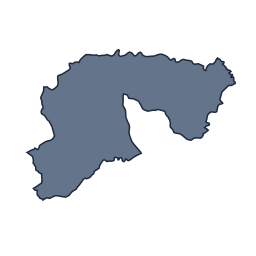 Tupambaé, Cerro Largo, Uruguay, rotated 105°
{"feature_id": "84410073B70761357527", "entity_name": "Tupambaé", "entity_type": "district", "adm_level": 2, "iso_a3": "URY", "parent_name": "Uruguay", "parent_adm1": "Cerro Largo", "projection": "mercator", "projection_center": [-54.805, -32.631], "detail": "fine", "context": "isolated", "style": "filled", "palette": "slate", "viewbox_px": 256, "rotation_deg": 105, "n_neighbors": 0, "source": "geoboundaries", "source_scale": "gbopen_adm2", "svg_char_len": 5537}
<svg xmlns="http://www.w3.org/2000/svg" viewBox="0 0 256 256"><g transform="rotate(105 128 128)"><path d="M110.2,220.0L113.3,219.3L114.0,219.2L114.6,219.2L115.9,219.4L120.7,220.1L121.1,220.1L121.3,220.1L121.6,220.0L121.9,219.8L123.8,218.6L124.4,218.2L125.1,218.0L126.8,217.4L127.3,217.2L127.7,216.9L128.4,216.3L128.9,216.0L129.1,215.8L129.3,215.7L129.7,215.5L130.7,215.2L131.9,215.9L133.5,216.1L134.9,216.1L136.1,215.5L136.7,214.8L136.9,213.9L137.1,212.9L137.3,212.6L137.8,211.6L138.1,211.2L138.3,210.9L138.6,210.6L140.2,208.9L140.6,208.5L140.8,208.2L141.4,207.1L141.8,206.2L142.1,205.8L146.0,202.1L146.5,201.7L147.3,201.2L153.7,197.5L154.6,196.9L155.9,197.3L157.3,197.6L158.7,198.5L160.0,199.7L160.7,201.0L161.1,202.0L161.4,202.2L161.5,202.4L162.4,203.9L162.6,204.2L166.3,207.6L167.8,208.8L168.2,208.9L169.0,208.9L170.0,208.8L170.3,208.9L170.7,209.2L170.8,209.2L171.0,209.2L171.4,209.2L171.5,209.2L171.6,209.3L172.1,209.8L172.3,210.0L172.1,210.4L172.0,210.6L171.5,212.5L171.5,212.8L172.8,213.1L174.0,215.0L175.3,216.6L175.5,216.8L176.6,217.8L177.4,218.8L177.7,219.2L179.8,213.9L180.0,213.1L181.4,212.1L183.0,211.3L184.6,210.8L186.5,210.6L186.9,209.6L188.2,208.8L189.4,207.1L191.6,206.4L192.6,205.9L193.2,203.3L194.0,202.8L194.2,201.7L194.6,200.4L194.5,199.7L197.6,198.7L199.8,197.8L203.3,197.1L206.8,200.0L208.4,201.5L209.1,202.0L210.8,203.8L211.9,202.3L212.2,201.1L211.8,199.5L212.9,199.2L214.3,199.0L215.4,198.5L216.4,198.0L216.9,197.2L217.5,196.0L218.7,194.8L218.7,194.0L218.8,193.2L218.8,192.7L218.6,192.2L218.8,191.5L219.4,191.4L216.4,188.5L216.3,185.5L213.3,182.1L212.0,180.2L211.5,176.4L211.2,172.5L210.9,170.3L208.2,167.4L206.2,166.6L203.8,165.4L200.5,162.2L198.5,161.7L195.7,160.3L191.9,158.8L189.2,157.9L187.8,156.7L187.7,154.9L186.1,152.6L184.7,151.4L182.9,150.9L181.2,149.4L178.2,149.1L174.5,145.6L171.3,145.6L168.7,144.8L166.4,144.1L165.1,143.2L164.9,141.9L165.2,141.3L165.8,140.2L165.7,139.3L164.9,138.0L164.5,136.1L164.1,134.7L162.9,133.1L161.4,133.3L160.1,133.3L159.5,132.7L159.6,131.9L159.6,130.7L159.6,130.0L160.7,129.7L161.3,129.3L161.1,128.7L160.0,128.4L159.0,128.2L158.5,126.8L158.9,126.1L160.0,125.4L161.0,125.1L161.5,124.1L161.5,123.1L159.8,122.4L158.8,122.3L158.6,121.2L159.2,120.5L159.5,119.4L158.8,118.2L154.4,114.7L150.2,110.2L149.0,108.7L148.3,109.2L141.9,118.5L140.0,120.8L135.7,124.0L132.6,125.7L130.7,126.1L126.5,126.8L124.2,128.0L122.0,130.0L118.4,132.7L116.5,133.4L114.7,133.9L111.6,135.0L110.5,135.9L107.4,138.8L103.2,139.7L99.2,140.8L97.0,141.2L96.4,141.1L96.2,138.6L96.4,137.2L97.6,136.1L98.5,135.3L99.1,134.8L98.7,132.4L98.4,129.8L98.7,128.5L99.4,124.7L104.3,119.9L105.5,119.0L106.1,117.8L106.5,115.4L106.6,113.2L104.2,108.1L103.9,106.2L102.3,103.8L102.3,101.1L102.3,97.5L102.8,96.4L104.7,95.3L106.2,93.7L106.8,92.4L108.2,91.2L109.6,89.7L112.8,88.2L114.8,87.9L116.2,87.3L117.9,84.6L119.4,83.2L120.4,82.5L120.6,81.4L120.3,78.1L120.3,75.6L121.3,73.1L123.6,68.2L123.7,65.5L123.4,63.8L120.7,61.6L119.5,58.3L119.0,55.2L117.3,54.0L115.3,53.5L114.4,54.1L112.5,52.2L110.5,50.7L109.4,49.9L108.5,51.6L107.8,54.1L105.8,52.8L104.7,50.9L103.8,50.2L102.4,50.9L102.3,53.8L101.7,54.3L99.4,54.2L95.6,54.5L93.5,54.0L91.0,52.0L90.5,49.6L90.3,47.8L89.2,46.5L86.2,46.7L83.9,46.9L82.4,46.4L81.4,45.6L80.3,43.5L79.5,42.9L78.9,43.5L78.2,45.0L77.4,46.1L76.4,46.6L68.9,46.6L60.9,41.8L60.1,39.1L58.2,37.0L57.1,35.9L55.9,36.6L56.0,36.9L56.0,37.1L55.9,37.3L54.6,38.2L53.7,38.6L53.4,38.7L53.0,38.5L52.8,38.6L52.4,38.7L52.1,39.0L51.9,39.1L51.7,39.3L51.6,39.5L51.4,39.8L51.5,40.0L51.6,40.4L51.9,40.6L52.2,41.0L52.5,41.2L52.5,41.4L52.5,41.5L52.3,41.8L52.2,41.9L51.8,41.9L51.4,41.7L50.2,40.8L49.8,40.8L49.6,40.8L49.4,40.9L49.3,41.1L49.3,41.4L49.4,41.6L49.8,42.5L49.7,43.0L49.4,43.3L49.3,43.5L49.3,44.1L49.1,44.4L48.8,44.7L48.6,44.8L48.3,44.7L48.2,44.6L48.1,44.4L47.9,44.0L47.5,43.6L47.2,43.5L47.0,43.2L46.8,43.1L46.7,43.2L46.6,43.3L46.5,43.8L46.1,44.2L46.0,45.2L46.1,45.8L46.4,46.2L46.4,46.4L46.2,46.8L45.7,46.9L45.6,47.2L45.4,48.5L45.2,48.7L44.7,48.6L44.4,48.8L44.2,48.9L43.5,50.3L42.7,51.1L42.6,51.4L42.6,51.8L42.4,52.3L42.2,52.9L42.1,53.0L41.8,53.2L41.6,53.2L41.4,53.1L41.2,53.0L40.8,52.4L39.7,52.2L39.5,52.4L39.3,52.6L39.3,53.4L39.4,54.2L39.7,54.8L39.6,55.2L39.4,55.4L38.9,55.8L38.2,56.6L37.8,57.4L37.8,58.0L38.0,58.7L38.0,58.9L38.0,59.1L37.8,59.2L37.4,59.3L36.9,59.4L36.6,59.4L39.0,60.5L41.1,60.7L44.0,62.2L44.6,63.8L44.8,65.3L47.4,67.2L49.5,67.7L51.3,67.8L52.3,67.7L52.4,68.3L52.2,69.2L52.0,69.7L51.2,70.5L50.2,70.7L49.3,70.7L48.7,71.2L48.1,74.2L47.8,76.9L49.1,80.0L49.1,81.5L48.1,82.6L47.0,83.8L46.9,85.6L47.4,89.5L47.3,92.1L48.6,94.1L49.6,95.0L50.5,95.4L51.8,97.6L51.7,98.4L51.4,99.5L50.1,100.1L49.1,100.6L49.2,102.2L50.3,103.1L51.4,104.1L51.2,105.0L50.5,106.2L49.2,108.1L48.4,110.5L48.0,114.3L48.4,116.2L49.1,117.5L51.8,121.5L52.8,124.6L53.9,127.4L54.4,129.4L54.2,131.4L53.5,133.2L52.4,134.0L51.6,135.7L52.4,136.8L53.5,137.7L55.3,138.4L56.6,139.8L56.5,140.9L55.5,142.3L54.4,144.0L54.3,146.1L55.0,147.0L56.4,148.2L58.2,149.3L59.6,151.7L60.7,153.5L60.6,154.8L59.7,155.8L58.5,156.4L57.0,156.3L55.4,156.5L54.8,157.2L55.2,158.0L56.6,159.0L57.8,159.6L60.3,160.2L61.8,161.2L62.8,162.6L62.7,165.5L62.4,167.3L63.5,168.6L64.8,172.4L65.9,175.0L65.6,177.5L66.5,179.5L67.1,184.0L68.0,187.6L69.9,189.0L73.2,191.1L75.2,191.9L77.5,192.4L77.3,193.6L78.0,196.1L80.2,198.0L80.4,200.9L81.2,201.4L83.3,200.6L84.8,199.2L87.0,199.9L88.9,201.7L93.1,205.6L95.4,209.0L96.9,209.2L99.5,208.3L102.8,207.1L105.5,207.0L108.4,208.8L110.4,210.5L110.8,212.2L110.2,214.8L109.2,216.6L110.2,220.0Z" fill="#64748b" stroke="#1e293b" stroke-width="1.5"/></g></svg>